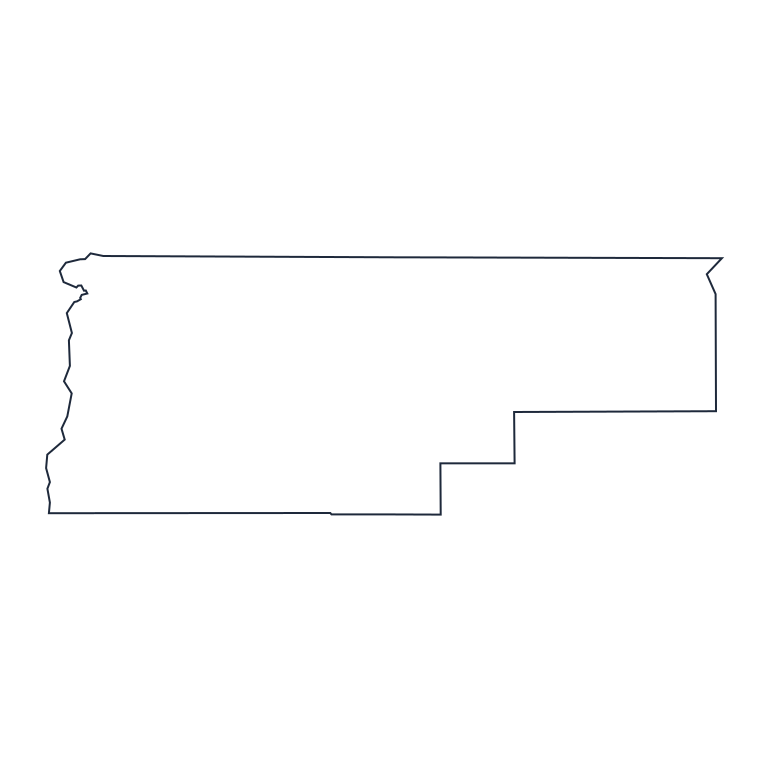 Jefferson, Oregon, United States of America (Equal Earth projection)
{"feature_id": "52423323B2409087912317", "entity_name": "Jefferson", "entity_type": "district", "adm_level": 2, "iso_a3": "USA", "parent_name": "United States of America", "parent_adm1": "Oregon", "projection": "equal_earth", "projection_center": [-121.528, 44.61], "detail": "fine", "context": "isolated", "style": "outline", "palette": "slate", "viewbox_px": 768, "rotation_deg": 0, "n_neighbors": 0, "source": "geoboundaries", "source_scale": "gbopen_adm2", "svg_char_len": 658}
<svg xmlns="http://www.w3.org/2000/svg" viewBox="0 0 768 768"><path d="M68.9,340.3L69.9,365.9L64.0,381.3L71.7,393.4L67.3,416.4L61.5,428.7L64.7,439.6L47.3,454.6L46.1,468.1L49.9,482.1L47.4,488.7L49.9,502.6L48.9,513.2L330.3,513.0L331.5,514.4L386.1,514.4L440.7,514.6L440.4,463.3L514.6,463.3L514.1,412.0L716.0,411.2L715.6,294.1L706.8,274.2L721.9,258.2L473.2,257.5L393.8,257.3L103.3,256.0L90.6,253.4L85.1,259.1L80.1,259.3L65.9,262.7L59.8,271.0L63.6,282.1L76.4,287.5L78.2,285.6L81.3,285.5L84.0,290.7L85.8,290.5L87.3,293.5L81.7,294.9L80.2,297.9L80.8,299.2L77.0,301.4L74.3,302.0L66.8,313.1L71.9,333.0L68.9,340.3Z" fill="none" stroke="#1e293b" stroke-width="2"/></svg>